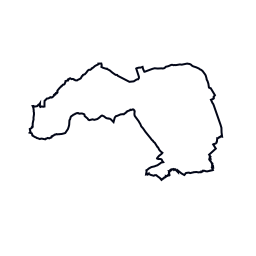 Hulubesti, Dâmbovita, Romania, rotated 248°
{"feature_id": "2599482B41266636799835", "entity_name": "Hulubesti", "entity_type": "district", "adm_level": 2, "iso_a3": "ROU", "parent_name": "Romania", "parent_adm1": "Dâmbovita", "projection": "orthographic", "projection_center": [25.25, 44.872], "detail": "fine", "context": "isolated", "style": "outline", "palette": "ink", "viewbox_px": 256, "rotation_deg": 248, "n_neighbors": 0, "source": "geoboundaries", "source_scale": "gbopen_adm2", "svg_char_len": 5778}
<svg xmlns="http://www.w3.org/2000/svg" viewBox="0 0 256 256"><g transform="rotate(248 128 128)"><path d="M160.8,211.5L162.1,210.5L162.9,210.3L164.3,209.1L165.1,207.6L165.3,207.5L165.6,206.8L166.6,201.5L167.5,199.9L168.4,195.8L168.9,195.0L169.1,193.9L169.9,192.9L170.3,191.8L170.2,188.6L170.6,186.0L170.0,184.6L169.9,183.9L170.0,183.3L170.1,182.6L170.8,181.3L172.0,177.8L173.4,175.1L173.7,172.7L173.9,164.5L174.1,164.2L177.1,164.1L179.2,164.4L179.3,162.3L179.8,161.1L179.9,160.8L180.2,158.2L180.1,157.9L171.3,157.3L170.2,156.8L169.4,155.6L169.6,155.2L169.7,154.0L169.1,150.8L170.3,146.6L180.2,138.1L181.3,137.8L181.9,136.4L185.3,134.2L188.2,132.7L190.1,131.1L190.9,130.7L190.8,130.3L193.1,127.5L194.6,126.2L196.2,127.2L197.8,127.4L198.8,124.7L198.2,124.5L198.1,123.7L198.0,121.8L197.8,120.4L197.0,118.2L196.9,116.7L196.4,116.3L196.1,114.7L196.6,113.7L196.3,112.2L195.0,110.2L194.0,108.1L194.1,106.2L193.5,105.6L193.3,104.6L192.6,103.9L191.7,102.7L191.5,101.1L191.5,100.1L191.3,98.8L191.2,98.6L191.9,97.1L192.2,96.8L192.9,96.5L193.0,96.1L193.8,95.7L194.2,95.1L194.5,93.9L195.7,93.1L195.8,92.3L195.3,91.3L195.4,91.0L195.6,90.8L195.5,90.6L195.3,90.4L195.0,90.6L194.5,90.2L194.8,89.1L194.9,87.6L193.9,87.1L193.8,86.9L192.4,85.5L192.3,85.0L192.3,84.5L192.5,84.2L192.5,83.7L191.9,82.7L191.8,82.3L191.7,82.2L191.8,81.9L191.5,81.6L190.9,79.9L189.4,77.1L188.8,76.3L187.9,76.2L187.9,75.9L187.4,75.6L187.4,75.4L187.1,75.4L186.8,74.7L186.8,74.1L187.1,73.9L186.8,73.6L186.9,73.2L186.6,72.9L186.5,72.7L186.5,72.3L186.2,72.4L186.2,71.9L185.5,71.1L185.0,69.8L184.8,68.7L185.5,68.0L185.3,67.5L185.6,67.0L185.5,66.5L185.3,66.0L185.3,65.2L185.7,63.7L185.0,62.4L184.5,60.9L182.9,60.1L179.2,58.6L179.5,57.2L180.3,56.2L180.3,54.6L181.5,54.4L181.9,54.7L183.8,55.6L183.3,54.9L183.2,53.8L182.3,52.0L182.4,51.3L182.9,49.1L183.4,48.7L183.8,48.7L184.1,47.8L182.1,47.8L179.7,47.2L178.6,46.7L177.6,46.6L175.8,45.9L172.9,44.2L171.4,43.7L170.0,42.7L167.9,41.3L167.2,41.1L166.2,40.5L165.5,40.4L165.1,40.2L164.7,39.9L165.0,39.4L164.9,39.2L164.4,38.9L164.0,38.5L163.9,36.6L162.7,36.3L161.1,36.2L160.5,35.1L159.2,36.7L157.5,36.8L156.9,36.5L154.4,38.4L153.8,39.1L152.8,39.7L152.5,40.3L150.8,42.1L150.7,43.5L149.9,45.0L149.5,45.4L149.3,45.9L148.5,47.0L148.6,47.6L148.9,48.0L148.7,48.7L148.9,49.7L148.4,50.5L147.9,51.0L148.0,52.8L147.9,53.4L148.2,53.8L148.7,53.9L148.9,54.1L148.7,54.6L149.0,55.2L148.8,55.9L149.3,57.3L149.3,58.0L149.1,58.1L149.0,59.0L149.1,59.5L148.6,60.0L148.4,61.0L148.0,61.7L148.0,62.1L147.3,64.2L146.9,67.1L146.9,68.0L149.6,72.0L151.5,73.6L152.9,74.6L156.9,76.5L157.3,76.8L157.7,77.5L159.3,78.7L159.9,79.3L160.3,80.3L160.3,81.2L160.8,82.3L160.7,83.1L160.8,84.2L161.0,84.5L160.9,85.3L161.0,85.8L160.8,86.8L160.3,87.2L160.3,87.7L159.5,88.2L159.2,89.2L159.1,89.8L158.6,90.9L157.5,92.2L157.0,92.6L156.6,92.6L155.3,92.3L151.9,94.1L150.7,94.3L149.8,95.0L149.3,98.4L148.2,99.8L147.9,102.0L147.8,103.0L148.5,105.7L149.2,107.5L149.3,108.6L147.8,110.1L145.8,111.2L144.8,112.2L144.6,112.4L144.4,113.2L143.9,113.6L143.7,114.2L143.3,114.7L142.3,115.4L138.9,116.8L142.2,119.3L142.8,119.9L143.5,121.3L143.3,122.7L143.4,126.2L143.1,127.1L142.9,128.1L142.5,128.7L142.3,129.3L142.4,129.6L142.8,130.2L142.7,130.8L142.9,131.5L143.4,132.7L143.7,132.9L143.6,133.6L143.8,133.9L143.7,136.2L144.1,137.0L143.5,137.6L143.6,138.2L143.4,138.7L143.5,139.3L143.4,139.6L143.1,140.0L141.8,140.5L141.4,140.3L140.9,140.4L139.3,139.5L138.3,139.1L137.6,138.9L136.6,138.8L130.0,140.5L129.5,140.5L127.0,140.9L124.5,140.9L122.1,141.8L118.0,142.7L109.8,145.2L108.5,145.5L107.5,145.9L107.0,146.3L105.7,146.5L104.3,147.3L99.2,148.2L98.8,148.6L96.1,148.8L94.1,149.5L92.1,150.6L91.4,149.3L90.6,146.4L89.3,143.9L88.9,143.5L88.6,143.6L87.7,144.8L87.4,145.9L86.7,147.0L86.1,147.4L84.3,147.5L83.1,147.9L83.1,147.4L83.5,146.9L83.4,145.5L82.8,143.4L82.8,142.8L82.6,142.3L82.4,141.2L82.5,140.1L82.5,138.2L83.0,135.1L82.7,132.4L82.0,130.2L81.9,129.2L80.1,128.7L79.4,128.0L78.5,127.5L78.6,128.1L78.1,128.3L77.9,128.7L78.0,129.6L77.5,129.2L77.5,129.7L77.2,130.5L76.0,131.5L74.1,134.0L74.1,134.3L74.2,135.2L73.6,136.6L72.3,137.2L69.8,138.8L67.3,139.6L67.5,140.2L67.9,140.6L68.1,140.9L67.8,141.6L67.9,142.2L68.3,142.5L68.6,143.3L68.6,143.7L68.3,144.1L68.4,144.5L68.7,144.9L69.3,145.1L69.0,145.4L68.9,146.0L68.8,146.3L68.8,146.7L69.2,146.8L69.3,147.1L68.6,148.5L68.8,148.9L69.5,148.9L69.8,148.3L70.4,148.9L70.6,149.2L71.5,149.3L71.5,149.6L71.8,150.0L72.6,149.9L72.4,150.3L72.4,151.3L73.0,151.4L72.9,151.8L73.3,152.1L73.2,152.3L72.8,152.6L72.9,153.3L73.2,153.5L73.0,153.8L73.0,154.6L71.8,154.9L71.9,155.4L72.3,155.7L72.3,156.1L68.3,157.8L69.9,158.3L65.8,160.6L63.3,162.6L63.6,163.3L64.5,164.6L64.4,165.7L63.8,167.8L63.0,168.6L62.8,169.1L62.6,171.0L62.4,171.6L62.4,172.6L62.0,173.4L61.7,174.7L60.3,177.0L60.3,177.6L59.6,179.1L59.7,179.4L60.2,179.7L59.7,180.4L59.7,180.8L60.4,181.4L60.4,181.6L59.9,182.2L59.7,182.9L58.7,184.0L58.1,185.2L57.9,186.4L57.8,186.9L57.8,187.6L57.6,187.9L57.7,188.3L57.6,188.6L57.6,189.0L57.3,189.6L57.2,191.0L59.6,191.0L59.2,192.1L60.6,192.5L60.6,191.8L60.8,191.6L63.2,192.5L63.2,192.9L63.5,192.9L63.6,192.5L66.6,192.2L67.1,191.7L68.7,191.6L68.8,191.7L68.5,193.0L70.3,192.8L70.5,193.7L72.9,193.2L76.0,201.7L80.9,200.8L81.0,201.3L80.8,202.4L80.8,203.6L81.3,204.7L81.6,204.9L82.0,205.0L82.2,205.4L84.5,206.6L84.7,207.0L85.0,207.0L84.8,207.6L84.9,208.0L85.2,208.5L85.0,209.2L85.3,209.4L85.4,209.8L85.2,210.3L85.6,211.1L85.0,211.5L84.7,212.0L88.9,213.1L93.2,214.7L96.3,215.0L116.8,216.0L118.4,216.0L119.4,215.7L123.1,215.5L123.1,218.2L123.6,218.9L124.4,218.8L124.9,219.1L125.8,220.9L133.9,219.6L134.2,219.0L134.8,218.7L135.2,218.2L138.9,219.1L141.6,219.3L143.5,219.1L144.6,219.4L147.5,219.7L148.6,219.6L152.9,218.5L154.5,217.6L155.4,216.7L156.6,216.0L158.7,214.0L160.8,211.5Z" fill="none" stroke="#020617" stroke-width="2"/></g></svg>